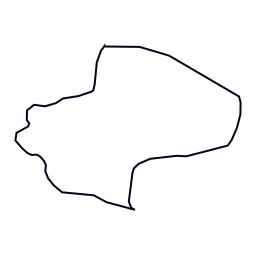 the Province of Qom
{"feature_id": "IRN-3232", "entity_name": "Qom", "entity_type": "Province", "adm_level": 1, "iso_a3": "IRN", "parent_name": "Iran", "parent_adm1": "", "projection": "robinson", "projection_center": [50.771, 34.662], "detail": "fine", "context": "isolated", "style": "outline", "palette": "ink", "viewbox_px": 256, "rotation_deg": 0, "n_neighbors": 0, "source": "natural_earth", "source_scale": "10m", "svg_char_len": 676}
<svg xmlns="http://www.w3.org/2000/svg" viewBox="0 0 256 256"><path d="M227.7,145.6L186.3,156.3L176.8,155.8L150.2,158.8L138.5,163.9L133.9,168.4L132.5,172.7L128.8,201.6L131.4,208.0L134.9,209.8L106.5,202.2L93.8,195.3L62.1,192.3L54.0,185.6L48.3,178.6L45.3,171.3L45.9,165.3L44.0,160.9L40.4,156.8L36.8,154.6L31.8,155.0L27.4,153.0L22.0,148.1L15.4,140.5L16.5,132.9L28.0,126.5L29.3,123.5L26.8,120.0L27.0,110.4L34.0,104.8L45.0,106.3L55.7,103.2L63.0,98.5L78.2,96.1L90.9,91.9L93.2,90.6L94.6,84.9L96.8,62.4L100.9,50.9L104.3,46.2L104.3,46.5L139.5,46.9L169.0,55.6L239.0,96.5L240.6,102.4L240.4,114.4L237.1,127.3L231.7,139.9L227.7,145.6Z" fill="none" stroke="#020617" stroke-width="2"/></svg>